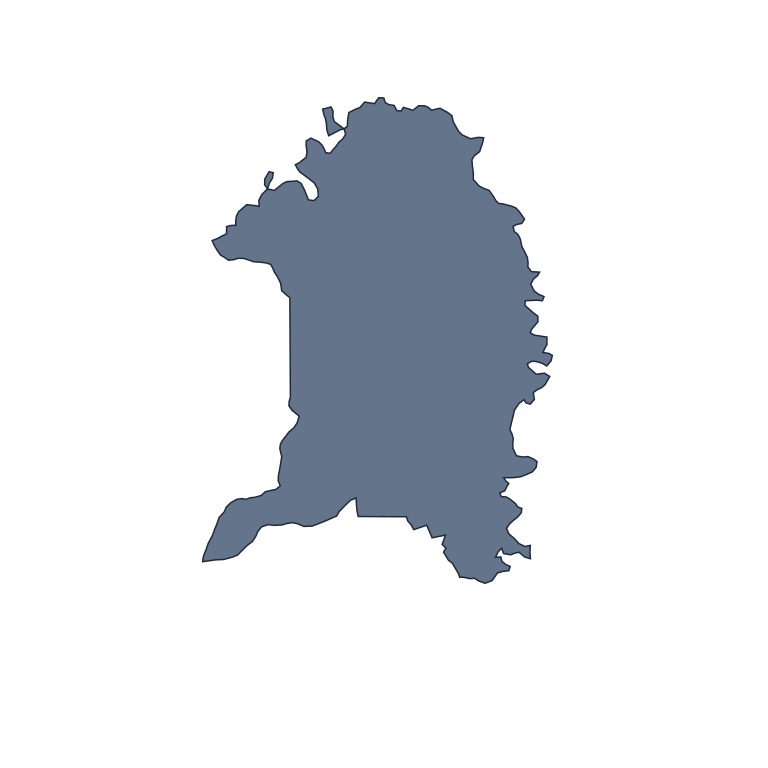 Cornélio Procópio, Paraná, Brazil, rotated 220°
{"feature_id": "56859067B97278416412710", "entity_name": "Cornélio Procópio", "entity_type": "district", "adm_level": 2, "iso_a3": "BRA", "parent_name": "Brazil", "parent_adm1": "Paraná", "projection": "mercator", "projection_center": [-50.624, -23.195], "detail": "fine", "context": "isolated", "style": "filled", "palette": "slate", "viewbox_px": 768, "rotation_deg": 220, "n_neighbors": 0, "source": "geoboundaries", "source_scale": "gbopen_adm2", "svg_char_len": 4289}
<svg xmlns="http://www.w3.org/2000/svg" viewBox="0 0 768 768"><g transform="rotate(220 384 384)"><path d="M607.9,383.4L603.0,381.0L596.8,378.9L592.1,377.7L587.9,378.4L582.6,378.9L578.9,382.8L576.6,386.5L572.1,390.1L566.8,392.3L562.9,393.6L557.3,397.6L552.3,400.9L547.6,402.8L543.4,401.1L540.0,399.3L534.4,397.6L527.9,394.7L522.3,389.7L516.6,389.5L511.6,389.6L447.3,313.8L445.5,309.7L442.7,306.1L437.6,304.7L428.3,304.8L425.5,298.2L424.9,292.5L426.0,286.0L425.7,280.2L425.5,275.3L424.7,271.4L422.4,267.7L419.2,265.2L415.8,262.8L412.7,257.7L408.7,250.9L406.2,246.3L402.9,241.9L398.0,239.3L399.1,233.6L401.6,230.6L405.6,225.2L406.4,219.8L409.6,214.8L413.3,210.9L415.6,206.9L419.2,204.9L422.7,201.0L425.1,194.5L425.7,188.2L424.2,183.6L424.5,175.7L422.2,169.8L420.2,163.5L418.2,158.1L417.2,153.8L416.2,148.8L413.7,142.4L412.6,138.6L410.9,134.7L408.7,131.3L399.9,141.1L394.1,146.4L388.6,154.3L386.2,158.9L385.2,171.3L383.6,178.9L384.2,184.5L385.8,189.7L386.0,195.7L382.5,201.7L377.1,205.3L371.6,210.4L368.6,214.9L364.9,219.0L360.1,221.5L353.8,223.4L347.6,229.1L341.5,240.2L335.4,252.5L336.3,257.5L335.8,265.0L334.9,273.4L332.2,278.7L323.3,269.6L318.6,265.9L281.5,296.7L277.7,294.3L273.2,293.7L267.6,291.6L260.5,303.3L248.3,297.1L239.8,307.7L238.2,303.6L236.4,298.5L231.1,298.1L230.3,293.4L226.1,292.1L221.6,290.5L216.4,290.6L205.0,286.6L201.8,284.6L198.9,287.1L193.4,289.9L189.6,293.4L185.2,293.9L178.5,296.3L174.8,302.9L175.6,312.1L172.4,317.0L168.4,321.1L170.0,325.3L175.0,324.0L179.8,324.0L183.3,326.6L187.2,322.9L188.7,329.0L188.3,333.8L183.4,331.0L177.1,334.6L175.2,338.3L172.4,341.9L164.9,341.9L159.5,344.3L163.7,348.5L168.2,354.4L171.5,350.2L177.9,348.5L185.0,349.4L192.2,349.5L197.3,352.2L197.9,357.3L197.1,363.3L196.1,367.8L196.1,373.7L198.5,377.3L202.2,375.8L206.4,376.9L213.7,376.8L217.9,376.0L221.8,373.1L225.2,374.9L222.8,379.9L223.9,383.9L224.4,387.9L228.4,388.1L232.1,389.2L225.7,394.5L222.6,397.6L219.6,400.9L216.3,407.0L213.9,411.9L213.8,417.9L216.9,422.9L220.8,422.7L227.0,421.0L230.7,417.3L236.4,414.1L243.9,417.6L246.7,420.7L250.0,425.3L253.8,428.0L258.4,430.1L261.3,435.9L264.1,441.8L267.2,447.6L268.1,455.6L266.7,461.9L263.1,460.8L259.0,462.6L258.9,468.8L264.1,473.3L263.1,477.6L260.9,482.6L260.2,487.1L261.9,496.3L268.1,495.4L273.6,489.3L284.1,489.6L287.2,491.7L285.5,496.3L282.2,498.9L276.1,501.6L270.9,502.4L270.9,509.1L273.4,514.1L277.4,513.4L282.4,510.3L283.6,514.2L284.5,518.8L289.3,524.7L294.3,521.7L300.1,518.1L305.0,517.2L306.1,521.2L306.1,530.7L309.8,534.8L315.5,534.5L326.6,534.8L329.3,538.6L320.7,546.5L316.2,549.6L317.6,553.8L323.3,552.1L328.9,551.8L335.8,554.8L337.0,560.9L336.0,565.3L336.7,569.7L343.3,564.8L349.1,566.2L351.4,569.3L355.4,573.0L360.1,575.2L367.0,578.1L372.8,582.7L377.5,584.7L382.2,584.5L386.4,587.8L384.8,591.7L381.7,595.5L382.3,600.6L387.6,602.1L392.3,603.2L396.1,603.6L400.4,602.3L408.9,598.3L412.3,596.0L416.2,596.4L420.8,598.0L427.9,599.9L433.5,597.9L438.4,596.8L443.2,597.5L447.1,598.1L451.1,603.0L456.7,608.1L460.8,612.3L461.5,616.7L460.1,623.5L463.8,632.8L466.0,636.7L470.4,633.5L475.3,627.5L484.4,625.0L489.6,625.6L499.6,629.4L504.4,633.2L509.5,633.0L518.4,631.2L523.6,624.3L527.7,624.4L531.6,623.3L536.3,619.4L537.8,612.2L542.3,610.5L547.0,608.3L546.4,603.9L550.0,601.7L555.3,603.9L559.7,601.2L564.0,600.4L568.0,603.0L572.1,599.9L571.4,592.8L575.9,590.0L580.0,587.6L580.2,580.3L582.6,575.9L585.4,569.3L581.5,562.8L577.7,557.8L578.7,553.8L574.0,550.8L573.1,545.2L574.0,540.1L573.5,535.5L573.7,531.1L573.5,526.1L577.3,523.8L581.5,525.9L585.2,527.2L589.8,527.6L598.0,525.4L599.8,520.3L597.3,517.0L591.9,512.0L589.4,507.5L591.2,498.9L592.9,495.0L589.0,493.4L584.9,492.3L573.0,493.0L566.6,493.2L560.1,490.8L554.9,485.5L555.5,479.5L560.2,476.5L569.8,481.6L576.5,484.4L581.2,483.7L584.9,480.0L588.6,476.5L590.3,472.7L592.5,461.7L598.7,458.6L599.4,450.7L598.0,444.3L593.8,439.9L597.6,437.7L604.5,433.1L606.1,422.5L605.1,418.0L602.6,413.9L599.6,410.3L603.2,407.0L605.8,403.4L601.2,398.0L603.5,392.5L605.3,387.9L607.9,383.4ZM578.7,553.8L590.9,553.1L595.0,555.9L598.3,560.2L602.6,562.2L607.7,555.1L602.7,551.4L599.4,549.6L596.0,546.9L591.1,541.9L585.9,538.6L581.1,550.3L578.7,553.8ZM598.7,458.6L601.0,464.6L601.7,469.9L604.7,474.7L608.5,472.7L607.1,464.4L603.5,459.9L598.7,458.6Z" fill="#64748b" stroke="#1e293b" stroke-width="1.5"/></g></svg>